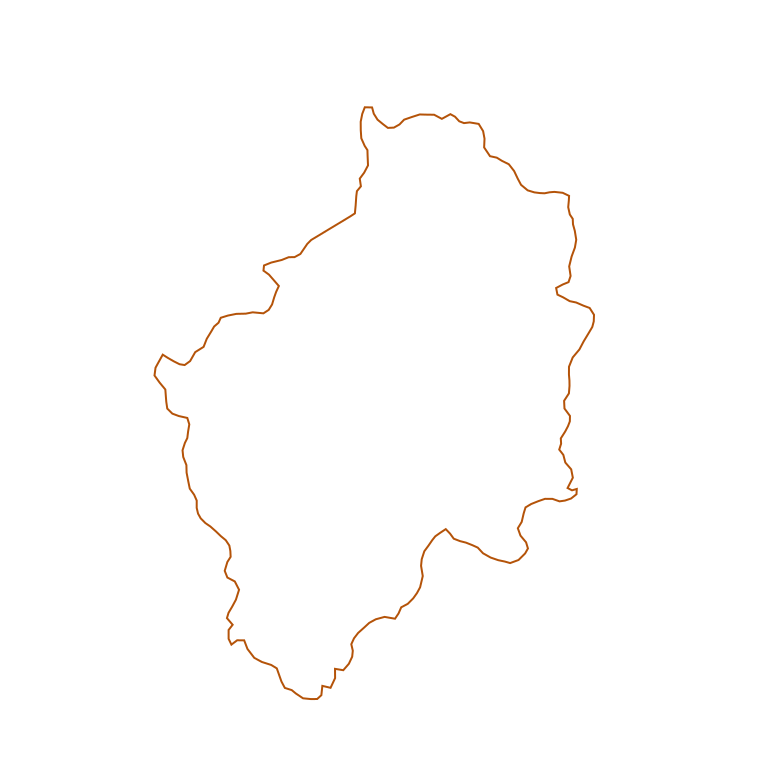 outline of Limeira, São Paulo, Brazil, rotated 336°
{"feature_id": "56859067B82749177744727", "entity_name": "Limeira", "entity_type": "district", "adm_level": 2, "iso_a3": "BRA", "parent_name": "Brazil", "parent_adm1": "São Paulo", "projection": "albers", "projection_center": [-47.363, -22.592], "detail": "fine", "context": "isolated", "style": "outline", "palette": "amber", "viewbox_px": 768, "rotation_deg": 336, "n_neighbors": 0, "source": "geoboundaries", "source_scale": "gbopen_adm2", "svg_char_len": 3250}
<svg xmlns="http://www.w3.org/2000/svg" viewBox="0 0 768 768"><g transform="rotate(336 384 384)"><path d="M521.5,510.6L523.4,505.6L530.2,501.1L534.9,497.4L538.6,493.7L540.9,488.8L538.9,479.8L541.7,472.6L549.1,467.8L552.7,461.2L554.8,456.3L556.8,450.6L560.0,443.5L567.2,436.5L576.6,431.9L583.7,426.3L592.6,420.1L597.5,416.6L601.1,412.1L604.0,406.2L602.8,398.2L598.1,393.6L592.7,387.7L587.3,383.8L582.9,377.7L578.8,372.9L580.3,366.3L587.8,365.8L594.0,366.0L598.4,361.2L601.0,351.9L607.2,343.9L613.9,337.0L618.3,330.4L620.6,321.7L621.6,315.0L623.6,309.9L622.7,304.7L624.2,297.4L627.3,291.9L629.6,287.4L625.0,282.0L617.8,277.8L613.2,276.2L608.3,275.1L604.1,273.0L599.3,270.1L594.0,265.5L590.2,257.8L589.7,250.7L589.5,242.4L587.4,234.0L582.5,228.1L579.1,223.1L573.5,219.0L571.7,208.6L575.6,200.8L577.4,193.3L576.3,184.9L568.7,179.9L563.2,178.2L559.6,174.6L557.6,168.7L554.4,164.5L544.7,165.3L539.3,158.4L531.5,154.8L526.3,152.3L517.9,151.4L509.9,150.7L503.7,153.2L497.3,153.8L491.7,151.6L488.7,146.1L485.6,139.9L484.6,132.9L485.6,126.5L479.0,123.4L474.0,128.4L469.4,134.9L466.0,142.7L463.2,150.3L463.2,158.6L464.0,163.6L461.9,168.7L458.3,177.8L451.8,182.9L445.4,186.5L443.3,194.0L437.7,196.8L435.1,201.1L430.7,209.4L426.8,216.3L421.1,217.2L376.1,222.8L370.9,224.8L360.5,231.2L353.9,231.7L348.5,229.4L341.0,229.1L330.4,227.2L322.6,226.9L320.0,231.4L323.4,237.3L327.8,251.7L322.9,256.0L319.0,260.1L314.1,265.8L308.8,269.4L302.6,270.4L293.2,265.1L286.3,263.5L277.7,259.9L269.3,258.0L261.8,257.1L257.8,260.7L252.2,262.4L247.9,265.5L240.5,270.6L234.3,276.7L224.5,278.1L216.2,284.2L209.6,285.6L205.3,282.8L201.2,277.8L197.4,272.6L193.8,267.2L186.1,273.0L181.9,276.2L177.8,282.9L179.6,291.5L182.0,300.1L179.7,306.5L177.9,311.6L176.0,318.3L178.6,325.0L183.5,329.8L190.5,335.0L189.7,341.7L185.8,347.6L182.3,353.4L178.1,356.9L173.0,362.6L170.9,369.0L170.5,377.7L167.6,384.7L165.6,393.3L164.0,400.6L165.5,407.9L165.5,414.3L162.5,421.0L161.4,426.8L161.9,432.2L164.3,438.5L167.4,443.5L170.5,450.3L173.1,456.7L175.9,462.3L177.0,468.7L175.7,474.1L173.6,479.5L168.5,482.9L162.5,489.9L162.2,497.1L167.4,503.7L167.9,513.0L161.0,520.8L154.8,525.6L148.9,529.8L145.3,534.0L147.8,542.4L142.0,545.5L138.4,553.6L138.6,560.0L145.6,558.4L152.0,561.3L151.5,570.5L154.1,581.4L159.3,588.2L166.7,594.8L170.4,600.2L169.3,614.1L169.8,621.3L175.2,626.1L177.6,630.9L182.2,638.2L188.9,642.0L194.8,644.6L200.2,642.8L204.9,634.7L211.6,639.8L219.7,632.8L223.4,624.3L230.4,628.9L238.1,625.3L244.0,620.2L247.0,615.0L248.3,608.4L253.2,604.1L259.1,600.9L266.9,598.4L273.4,596.2L280.8,595.6L289.8,597.0L298.6,602.9L304.0,599.5L308.9,595.0L316.3,594.5L323.5,591.7L329.1,588.4L334.3,584.4L341.3,575.2L343.9,565.2L347.2,559.4L352.8,553.2L358.8,549.8L364.7,546.2L368.9,544.0L374.8,542.8L381.4,541.7L383.5,547.6L384.8,553.7L389.6,558.5L394.3,562.2L399.2,567.2L403.1,571.6L405.6,578.9L410.8,585.9L416.7,591.4L422.1,595.3L426.4,598.9L435.3,599.5L444.0,596.2L448.6,592.8L449.4,586.4L447.0,578.0L447.6,570.2L453.7,566.0L459.0,559.0L463.1,554.3L469.5,553.5L477.4,553.8L484.4,554.4L491.1,557.4L496.6,562.6L501.9,564.1L508.3,564.7L515.0,563.0L517.4,558.3L512.5,557.6L509.4,553.7L518.4,546.4L520.3,538.1L517.7,529.5L519.0,521.7L517.4,515.2L521.5,510.6Z" fill="none" stroke="#b45309" stroke-width="2"/></g></svg>